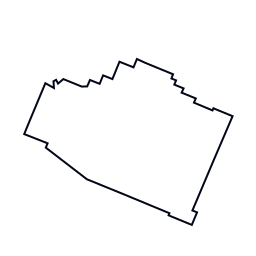 Madison, Arkansas, United States of America (Equal Earth projection), rotated 291°
{"feature_id": "52423323B84636308996882", "entity_name": "Madison", "entity_type": "district", "adm_level": 2, "iso_a3": "USA", "parent_name": "United States of America", "parent_adm1": "Arkansas", "projection": "equal_earth", "projection_center": [-93.669, 36.034], "detail": "fine", "context": "isolated", "style": "outline", "palette": "ink", "viewbox_px": 256, "rotation_deg": 291, "n_neighbors": 0, "source": "geoboundaries", "source_scale": "gbopen_adm2", "svg_char_len": 649}
<svg xmlns="http://www.w3.org/2000/svg" viewBox="0 0 256 256"><g transform="rotate(291 128 128)"><path d="M80.2,58.3L65.4,108.0L65.0,127.8L64.6,147.1L63.8,177.2L63.3,197.2L61.0,197.2L60.4,222.3L74.0,222.7L74.1,217.7L130.2,219.6L176.5,221.4L177.0,200.7L174.7,200.6L175.3,180.5L179.9,180.7L180.2,165.4L184.9,165.7L185.1,155.7L189.7,155.8L189.8,150.8L194.3,150.8L195.0,121.0L195.6,111.6L186.6,111.4L186.8,96.3L168.1,95.9L168.2,85.9L159.1,85.7L159.1,82.0L159.2,75.3L152.2,75.0L150.1,70.0L150.5,50.1L144.4,46.8L147.2,43.6L144.9,41.7L138.8,44.5L140.2,34.8L99.0,33.6L85.1,33.3L84.9,58.4L80.2,58.3Z" fill="none" stroke="#020617" stroke-width="2"/></g></svg>